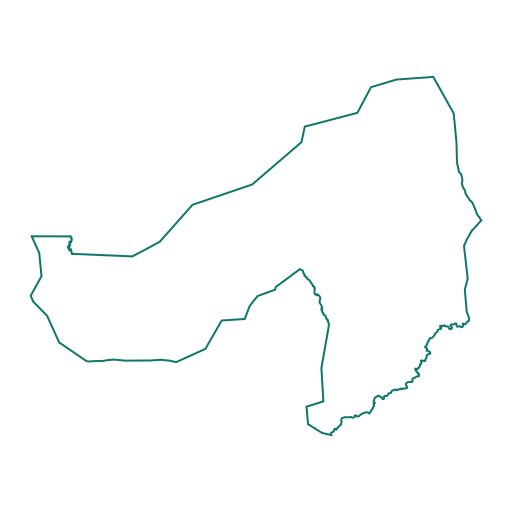 outline of Xerlen, Hentiy, Mongolia
{"feature_id": "93677404B8842524525431", "entity_name": "Xerlen", "entity_type": "district", "adm_level": 2, "iso_a3": "MNG", "parent_name": "Mongolia", "parent_adm1": "Hentiy", "projection": "orthographic", "projection_center": [110.645, 47.634], "detail": "fine", "context": "isolated", "style": "outline", "palette": "teal", "viewbox_px": 512, "rotation_deg": 0, "n_neighbors": 0, "source": "geoboundaries", "source_scale": "gbopen_adm2", "svg_char_len": 5982}
<svg xmlns="http://www.w3.org/2000/svg" viewBox="0 0 512 512"><path d="M433.3,76.9L396.2,79.6L371.0,87.2L357.4,112.8L304.8,126.6L301.5,142.1L252.2,184.5L192.5,204.8L159.8,241.7L144.0,250.3L132.2,256.4L81.1,254.2L72.2,254.0L72.2,253.4L71.8,253.3L71.7,253.1L71.7,252.4L71.3,251.9L71.3,251.2L70.7,250.9L70.6,250.6L70.7,250.1L71.0,249.7L70.9,249.4L70.5,249.4L69.9,249.6L69.8,249.4L69.6,249.3L69.4,249.9L69.1,250.0L69.0,249.8L69.0,248.9L68.9,248.4L69.3,248.3L69.4,248.1L69.4,247.5L68.9,247.3L68.5,247.9L68.3,247.9L68.0,247.6L68.6,246.8L68.6,245.9L69.6,245.7L70.0,245.5L69.9,245.2L69.3,245.2L69.7,244.8L69.7,244.6L69.6,244.3L70.0,244.4L70.2,244.2L70.3,244.0L70.1,243.0L69.7,242.7L70.1,242.4L70.2,242.2L70.0,241.8L71.2,241.9L71.3,241.7L71.1,241.2L71.1,240.9L71.8,239.9L71.6,239.5L71.7,238.2L71.6,237.9L71.3,237.7L70.8,237.7L70.7,237.2L70.5,236.8L70.6,236.4L31.7,236.3L39.2,252.9L41.5,276.2L30.7,295.7L33.2,301.6L47.1,315.8L59.2,342.5L86.8,361.3L89.8,361.5L94.5,361.1L102.2,361.0L105.6,360.5L107.7,360.1L114.2,359.6L124.7,360.6L131.6,360.6L149.7,360.5L160.8,359.8L169.1,360.6L176.2,362.1L205.4,348.9L221.7,320.5L244.7,319.0L249.7,306.0L257.5,296.1L275.0,289.7L275.9,286.9L300.0,269.1L301.2,269.9L302.4,270.3L302.9,271.0L303.0,271.6L303.3,272.1L303.5,273.1L304.7,274.9L304.6,275.3L304.4,275.8L304.5,276.1L306.2,276.9L306.6,277.5L306.7,278.0L307.6,279.2L309.6,280.3L312.5,284.8L313.0,285.9L313.0,286.1L313.7,286.3L314.1,286.6L314.1,287.4L314.6,287.7L314.5,288.6L314.8,289.1L314.6,289.5L314.4,292.5L314.5,293.4L314.7,293.8L315.6,294.7L316.4,294.4L316.8,294.4L317.1,295.1L317.7,294.7L317.9,294.6L318.1,294.6L319.6,296.4L320.2,297.4L320.3,298.3L320.2,299.1L319.7,300.2L319.8,301.3L319.5,302.3L319.7,302.9L321.4,305.2L321.5,306.1L321.8,307.3L322.2,308.5L321.3,309.2L321.6,309.5L321.8,310.5L322.0,310.5L322.3,310.6L322.2,311.2L322.5,312.8L323.4,313.1L323.5,313.3L323.3,314.0L323.6,314.3L324.0,314.9L324.4,315.2L324.9,315.3L325.4,315.8L326.0,317.3L326.2,318.5L326.3,318.7L326.8,318.9L327.4,319.6L327.5,320.3L328.0,320.4L327.9,321.5L328.8,323.1L328.8,326.0L321.4,368.1L323.4,401.4L306.5,406.7L308.0,424.1L322.0,432.9L331.4,435.1L331.1,433.3L331.1,432.9L331.3,432.7L332.1,432.3L332.6,432.2L333.3,431.7L333.8,431.2L334.1,429.7L334.7,429.3L334.9,428.8L335.3,428.8L336.0,429.4L336.6,429.4L337.0,428.4L337.6,427.7L338.1,427.3L339.0,426.3L339.7,425.8L340.9,424.5L341.1,424.1L341.5,422.2L341.5,421.4L341.3,419.5L341.6,418.6L341.9,418.1L345.0,417.2L345.5,417.1L348.1,417.4L351.0,417.0L352.5,417.7L353.3,417.6L354.5,417.1L354.8,416.6L354.8,415.9L354.9,415.6L355.4,415.3L355.6,415.3L357.2,416.4L358.1,416.5L358.7,416.3L361.5,414.0L362.4,413.5L365.6,412.4L367.3,412.3L367.7,412.4L369.0,413.4L369.3,413.5L369.4,413.4L369.7,412.8L370.1,412.2L370.5,411.8L371.0,411.4L371.2,410.4L371.6,409.7L372.0,409.2L372.6,408.9L372.8,408.7L372.8,407.7L374.1,406.0L374.1,405.1L373.8,404.3L373.5,404.0L373.6,403.8L374.8,403.1L374.8,402.9L373.5,401.6L373.5,401.3L374.0,400.6L374.6,398.1L375.0,397.6L375.4,397.3L376.1,397.1L376.9,396.5L378.1,395.7L380.0,396.4L380.5,397.0L381.7,397.3L381.9,397.5L382.2,398.3L382.4,398.7L382.7,399.0L383.6,399.0L383.9,398.7L384.1,398.4L384.1,397.9L384.1,396.6L384.3,396.2L385.3,395.7L386.8,396.0L387.2,395.8L387.5,395.6L388.5,393.5L388.7,393.3L389.4,393.3L390.6,393.1L390.9,392.7L391.3,392.1L391.4,391.5L391.6,391.1L392.4,390.6L394.8,389.6L395.2,389.6L396.0,390.3L396.3,390.2L396.8,390.0L397.4,390.1L398.5,389.3L400.3,389.2L400.8,388.7L401.3,388.5L401.7,388.6L402.4,389.0L403.4,388.6L406.8,388.2L407.0,388.0L407.2,387.7L407.3,387.2L406.0,385.1L405.9,384.5L406.0,383.8L406.6,382.7L407.2,382.4L409.4,381.9L411.4,382.0L412.0,381.9L412.4,381.5L412.6,381.2L412.3,379.6L412.4,379.2L412.6,378.6L413.5,378.2L414.6,377.9L416.5,376.7L417.3,376.4L418.8,376.2L419.0,376.0L419.0,375.4L419.1,374.8L419.0,374.6L418.8,374.5L418.6,374.1L418.5,373.3L418.3,373.1L417.9,373.4L417.7,373.3L417.2,372.3L415.7,370.4L415.3,369.2L415.3,368.9L415.4,368.7L415.8,368.6L416.8,369.2L417.4,369.2L417.7,368.8L418.1,368.1L419.1,367.6L419.4,367.2L419.4,366.4L420.1,365.5L420.1,364.3L421.1,363.5L421.2,363.1L421.3,362.8L421.3,362.2L421.0,361.0L421.0,360.7L421.6,360.4L422.2,360.8L422.9,360.9L423.7,360.7L424.0,360.7L424.4,361.1L425.1,360.9L425.3,360.7L425.5,360.0L425.6,359.0L426.3,358.1L426.5,357.6L426.5,356.8L426.7,355.7L427.0,355.1L427.7,354.6L428.6,354.1L429.9,353.8L430.2,353.5L430.3,352.9L429.7,351.9L429.1,351.5L426.6,350.6L426.6,350.4L427.2,349.3L427.2,348.8L426.9,348.3L425.2,347.3L425.0,346.9L425.5,346.3L426.6,345.4L426.9,344.9L427.5,342.5L429.3,339.9L429.6,338.5L430.2,338.2L431.7,338.0L433.2,336.8L434.3,335.3L434.7,334.8L435.8,332.8L436.5,332.4L437.6,331.2L437.7,330.5L438.1,329.8L438.8,329.4L440.8,328.9L441.1,328.4L441.0,327.6L440.0,326.7L439.9,326.4L440.0,326.2L441.1,325.7L442.0,326.1L442.5,326.1L443.5,325.6L444.6,325.4L445.3,326.2L445.7,326.4L447.2,326.4L447.8,326.5L448.4,327.0L448.8,328.1L449.2,328.6L449.7,329.0L450.3,329.2L450.9,329.0L451.7,328.5L452.0,327.6L451.8,327.2L450.7,326.2L450.5,325.7L450.5,325.3L450.8,324.8L451.9,324.4L453.4,324.5L454.1,324.3L455.2,323.6L455.8,323.4L456.3,323.7L456.6,325.6L457.0,326.5L457.7,326.7L460.0,326.2L460.3,326.3L461.0,327.1L462.0,327.1L462.6,326.8L462.9,326.4L463.2,326.0L463.1,325.3L462.7,323.8L462.8,323.7L463.1,323.7L464.2,324.1L465.1,324.2L465.6,324.1L466.5,322.8L466.9,321.9L467.2,321.6L468.3,321.6L469.1,319.9L469.1,318.1L466.7,311.6L464.8,289.5L467.7,278.8L464.0,245.8L466.9,239.4L471.7,230.9L481.3,220.4L481.1,220.3L480.9,219.8L480.4,219.2L480.1,218.7L479.7,217.5L479.5,217.2L478.3,216.1L477.4,214.7L476.4,212.5L475.5,209.7L474.9,208.7L474.2,206.7L472.2,202.4L471.4,201.5L470.2,200.8L469.8,200.4L468.9,198.6L466.8,195.8L466.4,194.7L465.6,193.8L465.4,193.0L465.2,191.3L465.0,190.6L464.5,189.7L463.1,187.7L462.8,186.9L462.4,185.2L461.9,183.9L461.9,183.4L462.4,180.6L462.4,179.7L462.2,179.2L462.2,178.4L462.0,177.9L461.9,177.0L461.3,174.9L460.9,174.1L459.0,171.8L457.0,162.7L456.5,142.7L453.7,113.4L433.3,76.9Z" fill="none" stroke="#0f766e" stroke-width="2"/></svg>